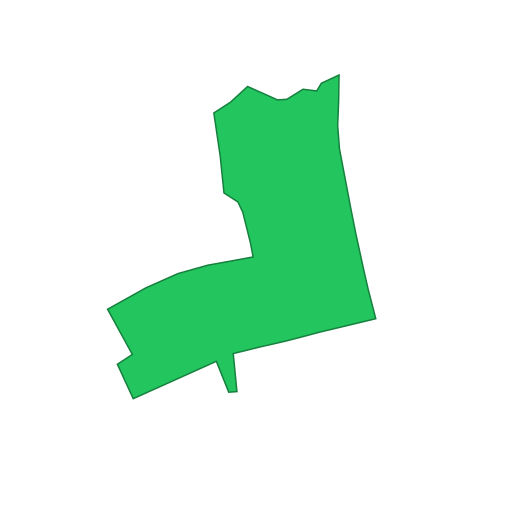 outline of Senala, Tuvalu, rotated 224°
{"feature_id": "33948139B62945669535509", "entity_name": "Senala", "entity_type": "district", "adm_level": 2, "iso_a3": "TUV", "parent_name": "Tuvalu", "parent_adm1": "", "projection": "albers", "projection_center": [179.199, -8.519], "detail": "fine", "context": "isolated", "style": "filled", "palette": "green", "viewbox_px": 512, "rotation_deg": 224, "n_neighbors": 0, "source": "geoboundaries", "source_scale": "gbopen_adm2", "svg_char_len": 623}
<svg xmlns="http://www.w3.org/2000/svg" viewBox="0 0 512 512"><g transform="rotate(224 256 256)"><path d="M245.2,68.1L211.4,152.7L181.0,139.1L175.5,145.2L204.6,170.0L190.5,192.5L174.4,217.2L157.2,245.6L126.3,294.1L153.0,310.5L170.3,321.8L199.7,341.4L219.6,355.2L270.3,391.0L287.8,406.5L304.4,425.1L322.0,443.9L329.0,425.7L327.0,416.9L338.0,408.6L342.7,390.1L349.0,383.2L379.8,372.1L381.2,349.0L385.7,329.6L351.4,303.2L322.8,279.1L306.6,282.3L295.9,278.3L268.7,261.3L257.4,253.3L284.3,215.9L299.9,189.2L313.0,156.9L325.8,114.6L276.6,99.3L280.5,81.8L245.2,68.1Z" fill="#22c55e" stroke="#15803d" stroke-width="1.5"/></g></svg>